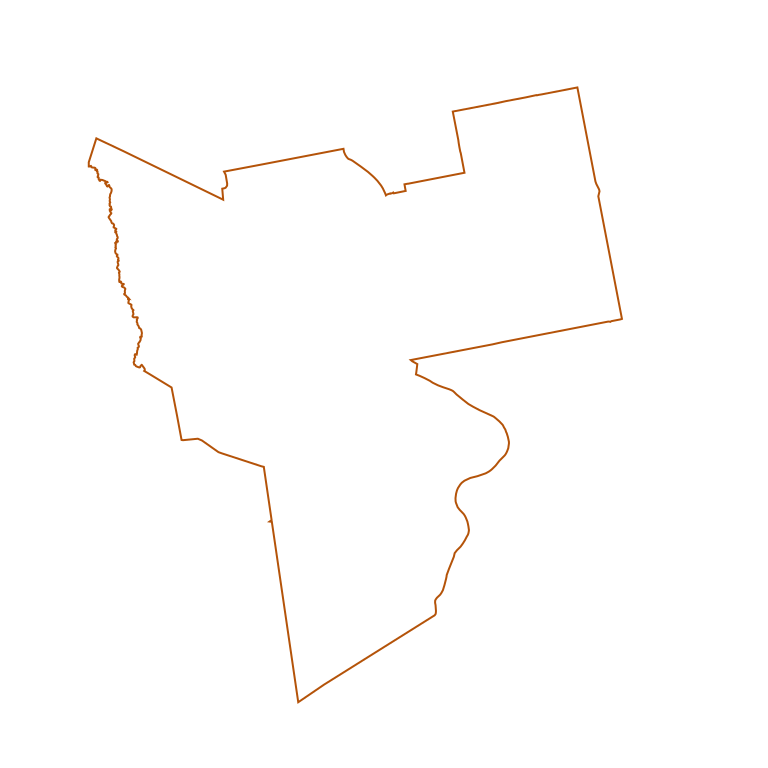 Murray Bridge, South Australia, Australia (Equal Earth projection), rotated 349°
{"feature_id": "25037944B7394804053319", "entity_name": "Murray Bridge", "entity_type": "district", "adm_level": 2, "iso_a3": "AUS", "parent_name": "Australia", "parent_adm1": "South Australia", "projection": "equal_earth", "projection_center": [139.209, -35.2], "detail": "fine", "context": "isolated", "style": "outline", "palette": "amber", "viewbox_px": 768, "rotation_deg": 349, "n_neighbors": 0, "source": "geoboundaries", "source_scale": "gbopen_adm2", "svg_char_len": 6117}
<svg xmlns="http://www.w3.org/2000/svg" viewBox="0 0 768 768"><g transform="rotate(349 384 384)"><path d="M239.1,680.0L267.7,667.7L389.6,620.7L390.7,619.7L391.2,618.6L391.7,616.7L392.4,610.9L392.4,608.6L392.7,607.2L392.9,606.4L393.6,605.4L395.2,603.9L399.0,601.5L400.6,599.9L402.5,597.6L404.9,593.1L407.8,587.0L408.6,585.1L409.1,583.5L412.5,577.9L419.6,566.9L421.1,563.5L423.9,561.1L428.1,558.3L431.0,555.6L433.7,552.7L435.9,549.9L437.5,548.1L438.3,546.8L439.0,545.1L439.5,543.6L439.7,539.9L439.7,537.5L439.6,534.9L438.8,530.8L438.2,528.7L437.4,526.8L434.3,522.0L432.8,519.0L432.0,514.5L431.9,513.0L432.4,509.7L433.8,505.5L435.3,502.4L436.8,500.2L439.7,497.2L441.5,495.8L444.5,494.3L446.4,493.8L450.8,492.7L458.2,492.3L466.8,491.1L470.2,490.0L472.2,489.1L473.8,488.2L478.0,485.4L482.7,481.3L488.8,477.2L489.8,476.3L491.1,474.8L492.1,473.4L493.7,470.8L495.3,466.2L495.6,464.5L495.5,459.5L495.3,457.8L495.1,455.9L494.7,454.3L494.4,451.9L493.5,449.5L492.9,447.3L492.6,446.6L490.1,442.7L486.8,438.5L485.7,437.2L484.9,436.5L472.8,427.9L467.1,423.3L463.0,419.7L458.4,414.4L453.2,408.1L451.4,405.4L450.4,404.1L449.1,403.0L447.0,401.6L441.3,398.4L436.9,395.7L432.0,392.0L429.6,389.6L424.9,385.9L420.7,382.9L417.2,380.7L418.0,378.5L420.5,370.8L416.0,367.0L414.9,365.6L498.1,365.8L507.7,365.5L616.1,365.5L617.2,365.8L618.0,366.2L619.1,365.7L628.3,365.7L630.0,365.5L630.2,240.6L632.3,236.0L632.3,234.5L632.1,233.4L630.6,228.2L630.2,225.6L630.4,129.8L593.9,129.8L591.1,129.7L589.1,129.8L588.8,129.5L588.3,129.5L577.8,129.7L557.4,129.6L548.9,129.8L503.5,129.7L503.5,158.6L503.3,161.8L503.2,165.9L503.2,170.4L503.4,172.0L503.3,192.0L445.8,192.0L445.2,191.9L442.2,191.9L442.1,198.6L430.0,198.7L429.6,197.8L428.8,198.2L426.5,198.4L426.4,198.1L423.7,198.5L422.8,198.7L421.9,199.2L421.5,196.9L420.2,191.8L419.0,188.6L416.3,183.3L414.0,179.7L412.5,177.6L408.7,172.7L402.8,166.2L395.7,158.8L394.1,157.5L392.1,156.3L391.6,155.7L390.5,153.7L389.7,151.6L389.0,148.5L389.1,145.4L305.1,145.2L267.5,145.0L268.5,148.4L268.3,157.3L267.8,159.4L266.0,161.1L264.8,161.4L262.5,161.4L261.3,172.4L172.5,105.6L148.5,88.0L136.5,110.0L135.7,114.2L135.9,114.3L137.9,114.0L138.1,114.3L138.1,115.1L138.2,115.4L139.8,116.1L141.2,116.4L141.8,116.9L141.9,117.3L141.5,118.2L141.5,118.8L142.0,119.0L143.0,118.8L143.2,119.0L143.3,119.3L142.8,120.0L142.7,120.4L143.3,121.0L143.3,121.4L143.0,122.0L142.9,122.3L143.1,122.9L143.6,123.5L143.4,124.3L142.6,125.5L142.4,126.3L142.5,126.4L143.0,126.3L143.3,127.1L143.0,128.4L143.4,129.1L143.5,129.5L143.4,129.8L143.6,130.2L143.9,130.4L144.1,130.4L144.7,129.4L146.5,130.0L149.3,131.8L149.4,132.3L149.8,132.5L151.0,132.8L151.1,133.2L150.7,133.3L148.7,133.5L148.6,133.9L149.2,135.0L149.5,135.8L149.8,137.0L150.1,137.3L150.8,137.0L151.6,136.3L152.0,136.2L152.1,136.3L152.2,136.8L152.2,138.0L152.3,138.4L153.4,139.8L153.7,140.4L153.7,141.5L153.2,143.0L152.4,144.4L151.5,145.4L151.0,146.7L150.8,147.6L150.2,148.5L150.2,150.5L149.6,152.0L149.9,153.5L149.7,153.8L149.1,154.3L149.2,155.2L148.7,155.9L149.0,157.4L149.8,157.8L149.8,159.5L150.0,160.8L149.3,161.4L148.7,161.4L148.7,160.5L148.3,160.1L148.1,160.2L148.0,160.6L147.9,161.7L148.2,162.5L148.6,163.9L148.9,164.3L148.5,164.9L147.3,165.7L146.6,166.6L145.8,167.1L145.5,167.9L145.8,168.7L147.3,172.1L147.3,173.2L147.6,174.2L147.8,174.4L148.9,175.0L149.4,176.4L149.2,177.1L148.6,178.1L148.5,178.7L149.4,179.3L149.7,179.8L150.4,180.2L150.8,180.6L150.6,181.1L149.8,181.6L149.5,182.0L149.5,182.4L150.1,183.1L150.2,183.3L149.9,183.5L149.2,183.4L149.1,183.6L149.2,183.9L150.0,184.8L150.0,185.8L150.3,186.9L150.2,187.8L150.6,189.0L150.4,189.8L150.2,190.2L149.5,190.7L149.3,191.0L149.4,191.8L149.6,192.3L149.9,192.7L149.9,193.4L149.5,193.5L148.6,192.9L148.4,192.9L148.2,193.1L148.2,193.5L148.4,194.0L148.3,194.3L147.0,194.4L147.1,195.2L147.3,195.8L147.4,196.1L146.9,197.0L147.0,197.5L146.9,198.0L146.4,198.5L146.4,198.8L146.8,199.4L146.8,199.8L146.1,200.6L145.4,202.3L145.4,203.9L145.6,204.6L146.5,205.8L147.0,206.1L147.0,206.5L146.3,207.0L146.1,207.6L146.3,208.1L147.2,209.2L147.3,209.9L147.1,210.5L146.6,211.1L146.6,211.4L147.1,212.0L147.1,212.4L146.9,212.6L146.3,212.7L146.0,212.9L145.8,213.5L145.8,214.6L146.0,215.8L145.9,216.4L145.9,216.6L145.2,217.2L144.1,218.9L144.1,219.6L144.8,220.5L145.6,222.0L146.0,223.1L145.9,223.5L145.2,223.9L145.0,224.3L145.2,225.7L144.8,227.3L144.8,228.4L144.5,229.7L144.1,230.5L143.8,231.8L143.7,233.0L143.8,233.4L144.5,233.5L145.1,233.2L145.3,233.4L145.5,233.9L145.3,234.8L145.4,235.2L146.2,235.7L147.5,236.1L147.5,236.5L146.2,237.2L145.5,237.6L145.3,237.9L145.4,238.3L145.8,238.8L147.4,239.8L148.2,241.0L148.2,241.4L147.6,242.4L147.2,243.8L147.1,245.3L146.8,245.7L146.1,246.1L146.1,246.3L146.2,246.6L147.5,247.8L148.2,249.3L149.2,250.3L149.8,251.4L149.4,251.2L149.0,251.4L148.9,251.9L149.6,253.0L148.6,255.2L148.6,255.9L151.1,257.9L151.2,258.3L150.7,259.3L150.7,260.8L150.8,261.4L151.4,262.8L152.1,263.5L152.1,263.8L151.3,264.5L151.4,267.3L151.2,268.0L150.6,268.5L150.2,269.3L150.1,269.6L150.2,270.0L151.0,270.8L153.0,271.2L154.2,271.3L154.8,271.6L154.9,272.1L154.8,272.3L153.6,273.7L153.6,274.7L153.2,275.5L153.1,275.9L153.5,276.9L153.5,277.8L153.3,278.5L154.1,280.2L154.3,281.5L154.4,282.4L155.3,283.0L155.8,283.9L156.0,284.5L156.1,287.7L155.9,288.5L155.3,289.8L155.4,290.7L155.2,291.3L154.7,291.5L153.8,291.2L153.6,291.4L153.5,291.8L153.9,292.9L153.7,293.1L153.6,293.9L153.3,294.6L152.0,296.2L151.3,296.5L151.0,297.0L150.3,297.7L150.4,298.9L150.6,299.7L150.5,300.5L150.2,300.9L149.1,301.4L149.0,301.7L149.1,302.6L148.1,304.2L147.2,307.2L146.8,308.0L145.7,307.3L145.3,307.3L145.0,307.6L144.7,308.4L144.9,310.1L144.8,310.4L143.6,311.5L143.4,313.5L143.2,314.1L142.6,314.6L142.4,314.9L142.5,317.3L143.3,317.7L143.5,318.0L143.8,319.0L144.3,319.5L146.8,321.0L147.4,321.1L147.8,320.9L148.4,319.9L149.4,319.2L149.8,319.0L150.1,319.3L150.4,320.1L151.1,321.5L151.9,323.3L151.9,324.2L151.8,324.8L151.1,325.4L155.8,329.6L174.8,346.9L174.8,375.9L174.6,400.3L176.0,400.8L190.8,402.2L194.5,404.7L208.5,419.3L211.7,421.2L248.0,441.4L250.2,442.4L247.7,496.2L245.5,497.2L247.6,497.9L246.6,519.5L239.1,680.0Z" fill="none" stroke="#b45309" stroke-width="2"/></g></svg>